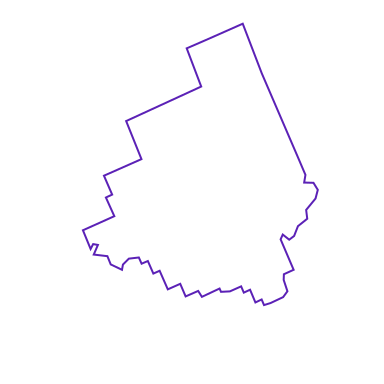 outline of Walker, Alabama, United States of America, rotated 66°
{"feature_id": "52423323B96350777838033", "entity_name": "Walker", "entity_type": "district", "adm_level": 2, "iso_a3": "USA", "parent_name": "United States of America", "parent_adm1": "Alabama", "projection": "orthographic", "projection_center": [-87.187, 33.759], "detail": "fine", "context": "isolated", "style": "outline", "palette": "violet", "viewbox_px": 384, "rotation_deg": 66, "n_neighbors": 0, "source": "geoboundaries", "source_scale": "gbopen_adm2", "svg_char_len": 871}
<svg xmlns="http://www.w3.org/2000/svg" viewBox="0 0 384 384"><g transform="rotate(66 192 192)"><path d="M141.3,265.8L161.9,266.0L162.0,272.9L182.5,272.8L182.6,307.2L202.8,307.8L199.4,303.5L202.1,299.5L209.2,307.2L216.2,295.4L225.1,295.7L234.6,287.6L230.2,284.6L227.2,276.8L230.2,267.2L237.0,267.2L237.1,260.4L250.8,260.5L250.8,253.6L271.1,253.7L271.1,240.1L284.8,240.3L284.9,226.6L291.8,225.6L291.4,206.1L295.0,206.1L298.2,197.8L298.2,185.5L305.0,185.6L304.9,178.7L318.7,179.0L318.5,172.1L324.6,172.2L325.4,165.4L325.1,151.5L321.5,145.2L309.6,144.0L304.5,141.5L304.4,130.8L271.3,130.3L267.8,126.4L275.1,122.6L273.7,116.6L266.3,109.1L263.3,97.6L254.8,95.0L248.2,81.8L241.2,76.2L233.0,77.3L229.0,85.7L222.5,81.4L203.2,81.1L112.0,80.0L58.9,77.2L58.8,118.1L58.6,138.4L99.4,140.7L100.4,223.3L141.4,224.8L141.3,265.8Z" fill="none" stroke="#5b21b6" stroke-width="2"/></g></svg>